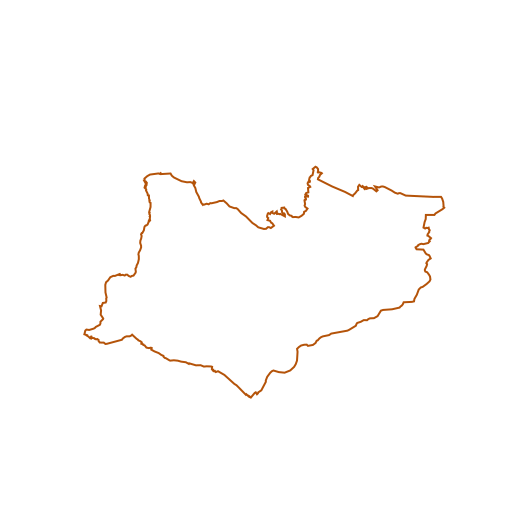 Panatau, Buzau, Romania (Natural Earth projection), rotated 235°
{"feature_id": "2599482B60212068774024", "entity_name": "Panatau", "entity_type": "district", "adm_level": 2, "iso_a3": "ROU", "parent_name": "Romania", "parent_adm1": "Buzau", "projection": "natural_earth1", "projection_center": [26.419, 45.304], "detail": "fine", "context": "isolated", "style": "outline", "palette": "amber", "viewbox_px": 512, "rotation_deg": 235, "n_neighbors": 0, "source": "geoboundaries", "source_scale": "gbopen_adm2", "svg_char_len": 6117}
<svg xmlns="http://www.w3.org/2000/svg" viewBox="0 0 512 512"><g transform="rotate(235 256 256)"><path d="M187.6,437.9L188.9,437.8L189.5,438.4L192.9,440.4L196.3,441.4L198.3,441.5L202.6,435.3L219.6,413.3L224.7,410.3L225.5,409.1L225.7,407.9L228.2,406.1L231.9,404.6L238.7,401.0L240.2,399.8L241.1,398.4L241.5,396.3L241.9,395.8L244.7,393.4L240.1,393.3L239.9,391.7L244.0,390.5L245.3,389.7L246.9,387.4L247.4,385.7L247.9,386.4L249.4,386.1L249.6,385.2L248.5,383.8L248.5,383.4L250.2,383.3L250.2,383.8L250.7,383.9L251.8,383.5L251.3,383.0L251.8,382.2L255.0,381.4L254.2,379.3L251.4,377.5L251.5,376.4L250.5,373.2L250.1,370.4L249.6,369.7L257.4,365.7L269.2,358.3L283.3,350.7L284.3,351.7L284.6,353.3L285.7,354.9L286.0,357.4L286.5,357.3L288.2,355.9L288.8,354.7L289.3,354.7L289.7,355.4L291.6,356.7L293.7,356.6L295.0,355.9L294.7,352.3L293.2,352.3L289.8,348.7L290.1,346.9L289.6,345.7L289.6,345.1L288.2,343.4L287.3,343.1L286.5,343.2L285.9,342.7L285.8,342.4L286.9,341.8L286.0,340.0L284.5,339.4L282.2,340.2L281.5,340.1L281.9,337.6L278.1,335.4L278.8,333.3L278.1,331.8L275.5,333.2L275.0,332.9L274.8,332.7L275.9,331.6L276.6,330.3L275.8,329.8L274.6,329.9L273.6,329.3L273.6,328.8L274.0,328.2L273.9,327.7L270.4,326.0L269.4,324.7L267.8,324.5L265.3,325.4L264.3,322.7L264.6,320.8L263.1,319.4L262.8,316.4L263.1,313.1L265.3,310.8L266.7,308.5L267.5,308.1L268.5,308.2L269.8,307.0L272.0,306.4L274.4,307.0L277.7,307.2L278.6,306.5L279.5,306.9L280.7,304.6L280.0,304.1L279.8,303.3L278.3,303.3L277.0,302.5L275.7,302.6L275.0,302.9L274.7,303.5L273.5,303.5L271.9,302.4L276.6,300.0L276.7,299.3L277.8,298.5L278.4,297.2L279.5,297.2L279.9,298.3L280.6,298.6L280.2,295.1L281.9,294.1L283.0,294.9L283.2,293.3L282.3,291.6L284.1,290.7L283.9,289.9L282.4,288.0L281.5,287.5L280.1,287.8L278.8,286.0L276.8,287.7L274.6,287.5L273.5,288.1L270.5,288.1L270.4,284.2L272.0,283.3L272.8,282.2L272.5,279.9L273.6,278.0L278.2,274.3L281.1,273.6L285.1,272.0L294.1,270.5L299.7,268.5L305.0,267.9L306.5,267.3L307.6,265.7L311.8,262.7L315.9,262.2L320.2,261.1L320.5,259.8L322.0,257.6L322.6,254.9L324.7,249.8L325.5,248.9L325.5,246.9L327.1,245.6L327.9,242.8L328.5,242.4L328.4,241.8L331.4,241.7L332.1,242.1L335.9,242.7L337.3,243.2L342.7,243.8L346.5,245.3L349.5,245.6L351.0,248.4L353.0,248.1L352.6,247.3L351.4,246.7L351.5,245.9L352.5,245.8L354.2,244.6L356.0,241.7L360.0,237.9L367.4,233.8L370.1,233.1L372.6,233.3L377.5,225.3L378.6,225.4L378.6,225.0L378.1,225.0L378.1,224.5L379.6,223.4L383.5,215.9L383.8,212.7L383.4,209.0L381.5,208.1L381.8,207.6L379.9,207.4L379.8,208.5L378.5,208.5L378.1,208.0L378.6,207.6L378.1,207.4L378.2,207.1L377.8,207.0L377.7,207.7L376.9,207.0L377.0,206.5L376.6,206.1L377.2,206.2L377.4,205.7L375.9,203.9L373.8,204.3L373.2,204.1L372.8,203.5L369.3,203.0L367.8,202.2L367.0,203.0L364.4,201.3L362.5,200.8L362.4,200.3L360.9,199.7L360.0,200.1L356.6,197.7L353.2,193.6L352.6,193.8L351.7,192.7L350.9,192.8L349.6,192.2L349.4,191.7L349.1,191.8L347.6,190.6L346.9,189.4L346.7,190.0L345.9,189.7L345.4,187.4L344.0,185.3L343.9,183.8L344.3,183.1L344.1,182.0L343.7,181.2L341.4,178.9L340.0,176.0L340.3,175.5L339.7,174.3L338.0,173.8L336.1,171.9L334.9,170.1L333.1,168.6L330.4,167.8L328.9,166.8L327.1,164.2L326.1,162.0L324.8,160.6L323.4,160.1L320.6,158.2L318.0,155.3L316.7,152.8L315.4,151.5L314.8,150.0L312.0,148.5L311.4,147.8L310.2,144.4L310.9,142.8L310.9,141.4L312.6,140.3L314.6,139.8L315.4,138.6L315.3,137.3L317.1,135.9L318.0,133.9L318.5,133.4L318.6,134.1L319.4,134.1L320.6,129.0L321.6,127.7L322.2,124.5L320.8,120.7L320.5,118.1L318.8,116.0L312.5,111.8L307.6,109.8L307.2,109.0L305.0,107.6L304.1,106.2L305.4,103.6L303.4,100.6L304.5,99.5L300.3,97.9L297.0,95.1L292.4,95.0L292.0,94.5L291.4,90.9L289.9,89.8L289.2,88.6L289.8,84.0L289.5,83.0L289.6,81.4L291.1,76.9L293.0,74.9L292.8,73.4L290.3,70.5L288.2,72.1L288.0,71.7L286.2,72.5L283.6,73.0L283.1,73.5L284.4,74.3L284.6,74.7L284.4,75.0L282.9,74.6L281.7,76.2L280.7,76.3L280.4,76.8L279.4,77.2L279.1,78.3L277.6,78.9L276.7,78.3L274.7,78.4L272.4,81.6L270.3,82.2L269.6,83.5L264.3,98.1L264.8,99.5L264.9,102.1L264.4,104.0L262.7,106.4L262.4,108.1L262.6,109.4L256.6,110.7L255.2,111.3L254.5,111.2L252.5,112.4L251.0,112.9L250.4,112.7L250.4,112.2L249.9,111.7L248.2,113.0L247.7,112.7L246.6,113.5L243.8,113.7L242.0,115.4L241.2,117.3L240.4,117.8L239.4,116.5L236.1,118.1L232.3,120.6L229.2,121.7L227.5,122.8L226.5,123.0L227.1,122.6L226.5,122.5L224.9,122.8L223.9,123.6L220.1,125.3L219.5,125.7L217.7,128.9L215.1,131.9L212.4,134.1L209.2,137.6L206.1,139.1L206.4,139.7L200.9,144.1L198.3,148.0L195.3,149.9L193.9,152.4L191.3,155.8L190.4,156.5L188.6,154.9L187.6,155.0L187.3,155.7L186.1,155.1L185.4,155.7L185.4,156.4L184.0,156.5L183.4,158.8L176.7,161.9L163.6,164.9L161.3,165.9L148.1,168.1L148.3,168.8L145.4,169.4L145.5,169.7L144.5,169.8L144.6,170.2L143.0,170.6L144.6,176.5L144.5,177.6L142.2,177.5L142.4,178.8L143.0,179.6L142.9,183.3L147.3,191.9L148.4,192.6L150.6,195.9L152.2,200.7L152.5,202.9L152.2,204.6L147.8,208.1L144.0,212.5L142.6,218.4L143.3,223.6L144.6,226.5L146.8,229.6L153.7,235.1L156.4,236.4L156.8,238.9L156.8,241.6L155.7,244.5L154.3,246.7L152.6,247.0L150.5,251.6L150.6,254.9L151.8,257.1L151.5,258.2L152.1,260.5L152.2,262.8L151.8,264.7L149.3,270.5L149.3,273.1L142.4,288.1L142.1,290.0L141.6,297.8L142.6,299.2L143.1,300.5L142.0,304.1L141.7,307.4L139.7,310.2L139.9,311.8L139.6,313.5L137.4,317.0L137.0,321.1L139.6,327.0L138.9,329.2L134.3,336.9L131.4,344.0L131.8,345.6L131.7,346.7L132.2,348.5L133.4,350.4L129.0,357.4L128.2,359.4L130.0,361.2L132.0,365.5L135.2,370.1L135.7,373.0L135.1,374.8L135.2,379.7L135.7,383.6L136.7,385.4L139.4,386.8L141.5,387.0L144.5,386.9L146.1,385.8L147.2,386.0L148.1,386.6L150.0,390.1L151.2,391.5L152.4,391.4L152.9,392.2L153.9,395.1L153.8,397.7L156.5,398.2L157.5,398.2L159.3,396.9L160.6,396.5L165.2,396.8L169.4,391.4L171.4,391.5L171.6,391.7L171.4,394.2L171.9,395.1L171.6,397.3L171.1,398.6L169.7,399.9L167.9,404.5L168.4,406.7L169.1,406.5L169.9,407.6L169.8,408.5L170.2,409.6L173.5,408.7L174.4,408.1L175.3,409.0L176.3,411.7L176.8,411.9L177.5,413.1L178.6,413.0L180.2,413.7L180.7,412.2L181.5,411.6L181.5,410.3L183.2,409.5L187.1,413.6L188.9,416.2L192.2,418.7L187.3,425.7L187.9,427.4L187.4,435.5L187.6,437.9Z" fill="none" stroke="#b45309" stroke-width="2"/></g></svg>